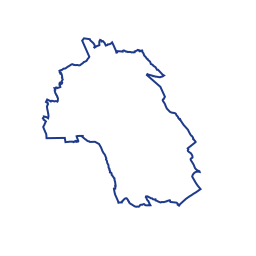 outline of Butoiesti, Mehedinti, Romania, rotated 45°
{"feature_id": "2599482B50012725425393", "entity_name": "Butoiesti", "entity_type": "district", "adm_level": 2, "iso_a3": "ROU", "parent_name": "Romania", "parent_adm1": "Mehedinti", "projection": "equal_earth", "projection_center": [23.382, 44.564], "detail": "fine", "context": "isolated", "style": "outline", "palette": "blue", "viewbox_px": 256, "rotation_deg": 45, "n_neighbors": 0, "source": "geoboundaries", "source_scale": "gbopen_adm2", "svg_char_len": 5703}
<svg xmlns="http://www.w3.org/2000/svg" viewBox="0 0 256 256"><g transform="rotate(45 128 128)"><path d="M174.1,187.6L174.8,186.4L175.1,186.3L175.9,185.0L175.8,184.4L176.1,184.5L175.8,183.3L175.7,182.3L175.7,180.4L176.0,179.6L176.5,178.8L176.8,178.7L178.7,178.9L179.7,179.4L180.6,179.3L181.5,179.9L182.5,179.9L183.5,179.8L184.4,179.5L188.0,178.7L188.3,178.6L189.5,177.9L190.2,176.9L191.2,176.1L191.4,175.4L191.1,174.4L191.2,173.5L191.6,172.8L192.2,172.4L192.4,172.2L192.7,171.0L193.0,170.6L193.5,170.3L194.5,170.4L195.4,170.0L197.9,167.5L198.4,166.9L197.8,166.8L197.7,166.5L196.6,166.5L196.1,166.0L195.3,165.7L194.9,165.7L194.0,165.2L193.2,165.4L191.8,165.1L190.9,164.6L190.0,164.4L189.6,164.2L188.7,164.5L189.2,164.1L189.1,163.7L189.8,162.8L190.8,162.3L191.8,162.1L192.7,161.7L193.9,161.5L194.9,160.7L196.1,160.7L197.3,159.8L197.9,159.0L198.2,159.2L198.2,159.4L198.4,159.6L198.7,159.7L199.5,159.2L201.2,158.7L203.6,157.7L203.9,157.3L203.9,157.0L204.0,156.7L205.5,155.3L206.0,154.7L206.5,153.6L207.2,152.6L207.2,152.3L207.3,151.8L207.8,151.1L208.2,150.2L208.7,149.5L208.9,149.5L209.3,150.0L210.3,150.3L214.8,146.7L215.3,146.4L216.5,146.4L217.1,146.5L217.3,146.7L217.4,147.1L219.0,146.8L218.7,145.0L218.7,144.4L219.1,136.9L220.1,131.5L220.3,131.2L220.8,128.3L221.6,125.2L222.5,119.9L218.0,119.5L215.9,119.1L214.1,118.7L207.8,117.0L207.1,115.8L206.8,114.9L206.6,113.4L206.7,112.4L206.9,111.6L207.3,110.6L208.0,109.7L209.0,108.8L209.7,108.4L209.2,108.1L208.6,108.2L207.4,108.8L206.5,109.0L205.2,109.1L203.8,109.0L200.0,107.4L196.5,106.6L195.9,106.5L194.7,106.1L194.2,105.6L194.1,105.2L194.3,104.3L194.5,103.7L194.5,103.4L194.4,103.1L192.9,102.0L190.5,101.4L187.5,101.9L186.9,101.9L186.4,101.8L186.0,101.2L185.7,100.4L184.6,100.2L185.7,91.0L185.8,90.2L185.7,90.0L184.9,89.8L183.9,89.8L182.9,89.6L182.2,89.8L182.1,89.5L181.1,89.2L180.7,88.8L178.9,88.5L178.2,88.7L177.4,88.6L175.3,88.1L172.0,87.0L171.1,86.8L165.1,86.5L160.1,85.5L158.9,85.5L159.1,85.1L158.3,84.8L157.8,85.2L156.6,85.4L155.8,84.9L154.5,84.7L153.5,84.8L152.2,84.2L151.3,84.2L150.5,84.4L149.1,85.4L148.1,86.2L146.6,86.8L146.0,86.9L141.7,86.8L138.3,85.5L137.7,85.1L135.9,84.6L133.3,84.1L132.6,83.4L132.5,83.2L132.8,82.5L132.0,79.8L121.8,76.0L108.3,76.9L103.9,77.2L103.8,76.9L103.8,76.4L102.8,76.4L104.0,76.1L104.9,75.7L108.6,73.6L109.1,73.6L109.5,73.1L110.1,72.8L110.4,72.5L111.1,72.3L111.8,71.6L114.4,69.8L114.9,69.3L115.2,68.5L115.8,67.5L116.1,66.7L116.3,65.4L114.8,65.8L108.0,65.6L107.4,66.3L104.7,65.6L104.0,65.6L102.1,66.1L101.5,65.9L100.3,66.0L99.4,66.4L98.9,66.6L97.5,65.8L96.4,65.5L94.0,65.7L93.5,65.4L93.2,65.4L92.6,65.7L90.1,65.3L88.2,65.3L86.2,64.3L84.4,64.1L84.2,63.8L83.7,63.6L83.5,63.3L83.1,63.2L82.1,65.5L81.0,65.6L80.6,65.5L80.6,65.3L80.4,65.4L79.7,65.9L79.8,66.1L79.3,67.5L78.7,68.9L79.0,69.0L78.9,69.7L79.0,69.8L78.7,70.1L78.7,70.4L77.6,71.4L77.0,72.1L76.1,72.4L74.7,73.7L74.2,74.4L73.8,74.4L72.6,75.4L72.2,75.3L71.7,75.7L70.8,75.8L69.9,76.5L69.8,77.3L70.2,77.8L68.5,79.1L66.0,81.3L66.9,82.1L66.9,82.4L66.5,82.9L64.6,81.8L58.6,79.5L56.2,78.7L56.2,80.6L55.2,82.7L54.6,83.1L54.7,83.9L54.0,85.4L51.3,84.4L48.8,84.3L48.2,85.4L47.7,85.0L47.0,85.0L46.0,85.4L46.5,87.0L47.7,88.3L49.2,89.7L48.0,92.3L47.5,94.8L47.1,94.8L47.1,94.1L46.4,93.3L44.7,92.7L43.5,92.5L39.2,92.7L38.2,92.2L33.5,95.7L33.8,98.6L50.3,105.0L50.6,106.6L50.8,108.4L51.1,109.3L51.2,109.9L50.5,112.0L50.1,112.6L50.2,114.1L49.8,116.3L49.7,117.5L49.5,117.9L49.0,118.4L47.5,119.4L46.3,120.8L45.6,121.2L44.8,121.9L44.1,121.9L43.5,122.3L43.1,123.0L42.7,124.8L42.5,126.0L42.2,126.7L41.6,130.1L41.4,130.6L40.7,131.3L40.4,131.8L40.3,133.3L39.2,135.5L39.1,136.1L39.8,136.3L40.1,136.6L40.4,137.0L40.7,137.1L41.3,137.1L41.5,136.9L41.6,136.5L42.0,136.7L42.2,137.2L42.7,136.8L43.9,137.4L45.7,138.7L45.7,139.1L47.6,139.9L47.8,141.1L48.2,142.3L48.4,142.2L48.6,142.3L48.9,142.3L49.5,142.5L49.8,143.6L49.2,143.7L47.1,144.2L48.1,144.4L48.1,144.8L48.6,145.0L48.4,145.2L48.6,145.5L49.1,145.6L49.2,145.8L49.2,146.0L49.5,146.1L49.8,146.0L51.2,146.9L49.7,150.0L49.1,149.8L48.9,150.1L48.6,150.1L48.2,150.8L48.4,151.7L48.1,151.9L49.6,152.5L49.5,153.2L50.7,154.0L52.2,154.8L52.7,154.8L54.0,155.4L54.6,155.3L55.2,155.5L55.9,156.1L56.4,156.0L57.9,156.9L59.4,158.9L59.4,159.3L58.8,159.4L57.9,160.1L57.4,160.7L57.2,161.2L55.0,162.5L54.6,163.0L54.7,163.8L54.0,163.9L50.7,165.0L51.6,167.6L52.6,167.3L52.9,166.9L53.0,166.9L53.1,167.3L54.4,167.5L54.6,167.7L54.8,168.5L55.2,169.3L55.3,170.0L55.9,170.4L57.1,171.4L59.0,172.6L62.6,175.1L63.8,176.3L64.6,177.6L62.5,178.0L61.9,178.5L61.0,178.8L60.8,179.2L60.4,179.4L60.7,179.7L60.9,180.8L60.9,181.3L61.8,181.4L62.5,181.8L63.5,181.5L65.3,181.4L65.5,182.2L65.8,182.7L65.9,183.3L66.6,184.8L67.2,187.0L67.4,187.3L72.0,189.2L74.2,190.0L75.5,190.9L77.3,192.6L77.6,192.8L90.3,179.7L93.8,182.2L96.8,178.5L98.8,176.5L99.4,176.6L99.7,176.0L99.8,175.5L100.2,175.0L99.9,174.4L100.0,174.2L100.7,173.8L100.9,173.6L101.1,173.6L101.5,174.0L102.3,172.9L102.2,172.4L98.4,170.7L97.5,170.2L97.9,169.5L98.5,168.7L101.6,165.6L101.9,165.9L101.9,166.5L105.8,166.2L106.4,166.0L107.7,165.9L108.7,165.7L109.5,165.4L110.0,164.9L110.8,164.8L111.1,164.6L114.4,161.1L118.8,159.8L122.6,160.8L126.3,162.4L128.4,163.0L130.2,163.2L131.1,163.5L134.2,164.9L134.5,165.6L134.7,165.8L136.1,166.1L138.5,167.6L140.0,167.9L141.3,168.8L142.3,169.8L143.6,169.9L144.0,170.3L144.3,170.8L144.9,170.7L145.2,170.8L146.2,171.6L146.4,172.1L146.6,172.2L147.4,171.6L147.9,171.5L148.4,171.7L149.6,172.7L150.6,172.6L151.4,173.0L152.5,173.0L153.7,173.4L154.1,173.2L155.1,174.2L157.1,175.3L160.0,177.5L160.0,177.8L159.7,177.9L159.8,178.1L160.7,178.3L160.9,178.8L161.8,179.9L160.9,180.8L161.0,181.0L161.9,181.5L163.1,182.4L165.8,184.1L172.5,186.7L174.1,187.6Z" fill="none" stroke="#1e3a8a" stroke-width="2"/></g></svg>